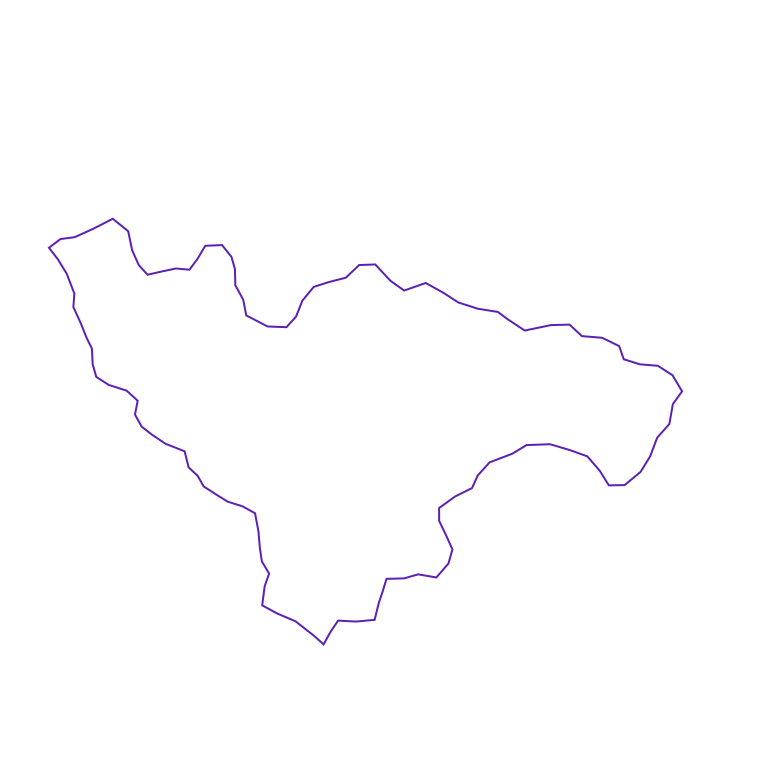 the district of São Sebastião da Vargem Alegre, Minas Gerais, Brazil, rotated 74°
{"feature_id": "56859067B17307999263645", "entity_name": "São Sebastião da Vargem Alegre", "entity_type": "district", "adm_level": 2, "iso_a3": "BRA", "parent_name": "Brazil", "parent_adm1": "Minas Gerais", "projection": "mercator", "projection_center": [-42.601, -21.015], "detail": "fine", "context": "isolated", "style": "outline", "palette": "violet", "viewbox_px": 768, "rotation_deg": 74, "n_neighbors": 0, "source": "geoboundaries", "source_scale": "gbopen_adm2", "svg_char_len": 1544}
<svg xmlns="http://www.w3.org/2000/svg" viewBox="0 0 768 768"><g transform="rotate(74 384 384)"><path d="M346.1,254.7L337.6,272.9L326.2,290.0L312.6,301.9L298.4,316.0L299.7,338.9L286.5,349.4L266.7,359.4L262.8,375.1L271.3,391.4L270.8,409.6L271.3,424.8L281.4,439.5L295.0,450.0L302.5,462.1L296.6,480.1L280.1,497.5L264.1,496.1L248.1,499.7L232.4,495.6L219.7,495.6L205.8,501.4L201.9,517.7L212.5,529.0L220.5,539.5L215.6,552.2L214.6,566.6L213.8,581.2L201.9,587.0L185.9,589.2L166.6,587.8L150.4,599.2L154.7,621.0L157.6,640.9L155.5,655.0L160.7,668.5L174.6,663.0L190.6,658.6L211.7,656.7L224.4,661.4L242.9,658.6L257.4,657.2L269.5,655.0L284.5,658.6L297.9,658.6L309.0,648.9L319.5,633.2L332.2,625.4L344.8,631.8L358.2,628.7L368.8,621.0L381.2,610.5L393.8,594.2L410.3,594.8L420.9,588.4L432.7,585.6L444.1,575.7L454.1,566.6L462.7,553.6L472.7,543.6L491.0,545.3L507.8,548.6L520.9,550.3L534.6,546.7L545.4,554.4L563.2,562.1L575.1,550.0L587.7,534.5L606.3,521.0L617.6,513.8L607.1,503.3L598.8,493.3L604.7,476.2L608.1,458.0L593.1,449.4L583.1,442.5L572.0,435.3L576.4,418.2L576.4,403.6L584.4,387.0L574.3,371.5L561.9,363.8L546.7,366.0L530.7,368.7L518.4,365.2L511.7,346.6L508.3,328.1L497.7,319.0L488.4,304.1L486.4,280.1L482.0,263.8L487.7,240.9L499.0,223.2L509.6,208.5L526.9,200.5L543.4,195.8L547.5,180.6L539.2,161.6L526.9,148.1L510.9,136.2L501.1,120.7L483.0,111.9L473.2,99.5L455.2,104.2L442.0,115.7L435.6,132.6L426.3,146.7L412.4,147.5L399.7,161.6L392.5,180.6L378.1,189.2L373.4,207.2L371.4,234.0L355.9,247.2L346.1,254.7Z" fill="none" stroke="#5b21b6" stroke-width="2"/></g></svg>